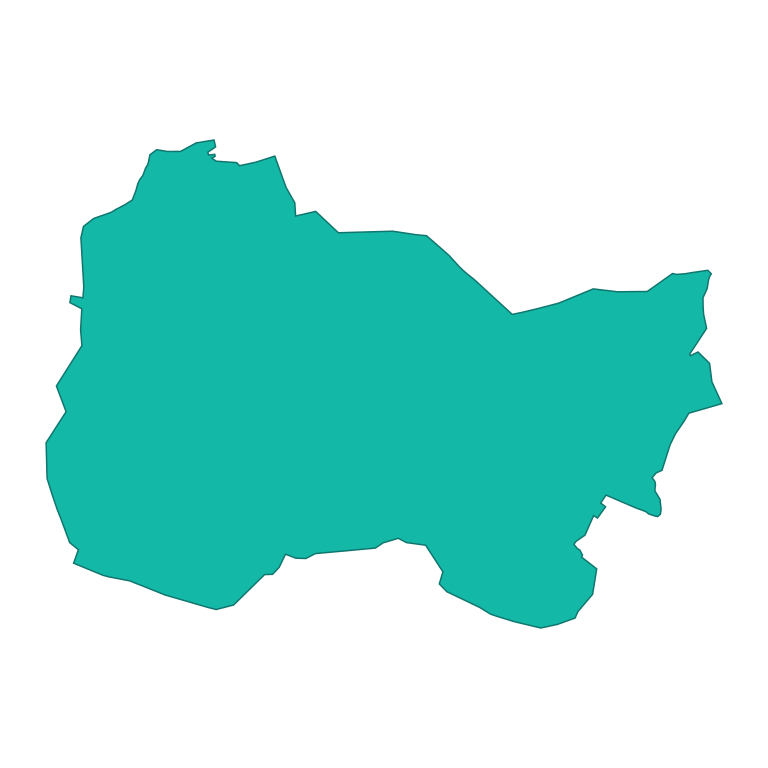 Magumeri, Borno, Nigeria
{"feature_id": "59680162B56106136996502", "entity_name": "Magumeri", "entity_type": "district", "adm_level": 2, "iso_a3": "NGA", "parent_name": "Nigeria", "parent_adm1": "Borno", "projection": "albers", "projection_center": [12.709, 12.216], "detail": "fine", "context": "isolated", "style": "filled", "palette": "teal", "viewbox_px": 768, "rotation_deg": 0, "n_neighbors": 0, "source": "geoboundaries", "source_scale": "gbopen_adm2", "svg_char_len": 2068}
<svg xmlns="http://www.w3.org/2000/svg" viewBox="0 0 768 768"><path d="M180.6,151.4L167.6,151.5L156.7,149.7L149.9,154.8L148.6,161.5L147.5,165.0L145.6,168.0L144.2,171.9L142.8,175.6L139.7,179.6L137.8,183.8L135.9,190.6L132.3,200.0L128.0,202.7L124.3,205.1L124.2,205.1L116.3,209.2L111.2,212.3L93.6,218.5L83.5,226.4L80.9,237.8L83.8,287.1L82.9,297.8L71.0,295.8L69.9,302.6L81.8,308.8L80.6,329.9L81.9,345.7L56.4,386.0L66.1,411.7L46.1,442.7L47.1,478.6L52.1,494.4L57.1,509.2L61.0,519.0L69.7,542.6L78.4,549.7L73.6,563.2L103.0,575.3L109.4,577.0L129.5,580.8L165.7,595.2L208.9,607.7L216.2,609.5L233.6,605.0L264.6,574.6L272.6,574.3L279.2,567.3L285.5,554.2L295.9,558.2L305.9,558.5L315.3,553.6L375.2,548.1L375.3,548.1L383.2,542.8L398.3,538.3L406.5,542.6L425.6,545.2L442.9,571.8L439.3,583.9L446.8,591.7L479.8,607.5L490.4,614.1L497.5,616.5L514.4,621.7L532.9,626.1L540.7,628.0L557.5,624.4L575.1,618.0L577.9,611.6L592.6,594.3L596.7,568.9L581.6,557.1L582.5,555.1L579.9,550.1L577.3,548.5L573.9,544.4L575.9,541.5L585.0,535.1L593.6,515.6L597.5,518.0L605.6,506.8L600.7,503.1L606.0,495.1L635.3,507.7L645.8,511.6L648.8,514.0L654.2,515.8L657.6,516.6L660.3,514.4L660.8,511.6L661.1,509.2L660.0,499.3L654.9,490.9L655.2,486.7L655.5,484.8L654.9,481.5L652.1,477.7L656.2,472.9L662.0,470.3L670.1,444.8L675.4,433.9L684.1,421.2L688.8,413.2L721.9,403.6L711.9,381.8L709.6,363.4L698.0,352.0L690.6,355.6L689.6,354.2L697.7,342.0L706.6,328.4L703.6,314.2L703.1,306.6L703.0,297.7L707.2,288.5L708.5,280.1L709.5,276.9L711.3,273.8L707.8,270.3L692.0,272.6L684.8,273.8L676.4,274.4L672.6,273.5L647.2,291.5L633.3,291.6L617.6,291.8L593.2,288.9L574.3,296.7L558.5,303.2L535.7,309.1L521.9,312.4L512.2,314.4L474.2,279.5L468.5,275.0L463.2,270.5L458.8,266.2L455.4,262.4L448.8,255.2L426.5,235.7L415.8,234.7L408.7,233.6L392.7,231.2L343.7,232.6L338.4,232.8L315.7,211.4L295.6,216.0L294.8,202.8L286.0,187.3L274.8,156.1L255.8,162.2L239.6,165.7L236.6,162.6L216.2,161.2L211.7,158.1L215.1,156.4L214.8,154.4L208.6,155.0L207.8,152.2L215.6,146.9L214.0,140.0L196.2,142.9L180.6,151.4Z" fill="#14b8a6" stroke="#0f766e" stroke-width="1.5"/></svg>